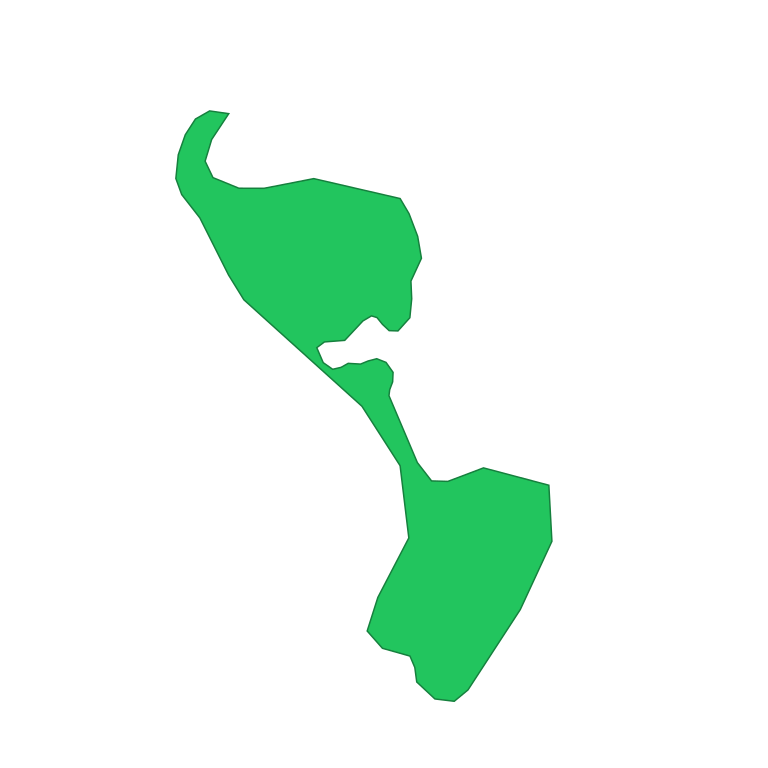 the Commune of Miquelon-Langlade, rotated 337°
{"feature_id": "SPM-4867", "entity_name": "Miquelon-Langlade", "entity_type": "Commune", "adm_level": 1, "iso_a3": "SPM", "parent_name": "Saint Pierre and Miquelon", "parent_adm1": "", "projection": "natural_earth1", "projection_center": [-56.329, 46.961], "detail": "fine", "context": "isolated", "style": "filled", "palette": "green", "viewbox_px": 768, "rotation_deg": 337, "n_neighbors": 0, "source": "natural_earth", "source_scale": "10m", "svg_char_len": 933}
<svg xmlns="http://www.w3.org/2000/svg" viewBox="0 0 768 768"><g transform="rotate(337 384 384)"><path d="M442.8,500.1L496.2,541.6L477.1,594.4L421.3,644.9L341.8,698.4L324.7,703.5L307.8,693.8L297.7,671.1L301.6,657.0L301.6,644.6L279.3,626.7L272.0,604.8L295.0,578.0L346.7,535.4L366.9,465.5L355.0,395.9L287.9,251.7L283.5,223.0L279.4,159.2L271.8,130.6L272.7,113.5L284.2,92.6L298.5,76.9L314.0,66.4L330.2,64.5L346.7,74.5L320.9,91.6L306.4,109.0L307.2,127.2L326.9,147.1L350.1,157.0L399.6,167.5L471.3,219.6L473.6,237.0L472.7,261.2L467.6,282.9L449.0,299.8L442.8,316.4L433.7,333.1L417.6,340.6L409.6,336.9L405.9,328.5L403.5,320.1L399.1,316.4L389.3,317.7L364.9,328.5L345.6,322.0L336.3,324.3L336.4,340.6L342.5,350.4L351.0,351.9L359.1,351.0L370.2,356.5L378.3,356.6L387.2,357.9L394.3,364.9L396.9,376.8L392.8,385.4L387.0,391.5L384.0,396.7L384.0,469.4L389.9,491.8L404.7,498.6L442.8,500.1Z" fill="#22c55e" stroke="#15803d" stroke-width="1.5"/></g></svg>